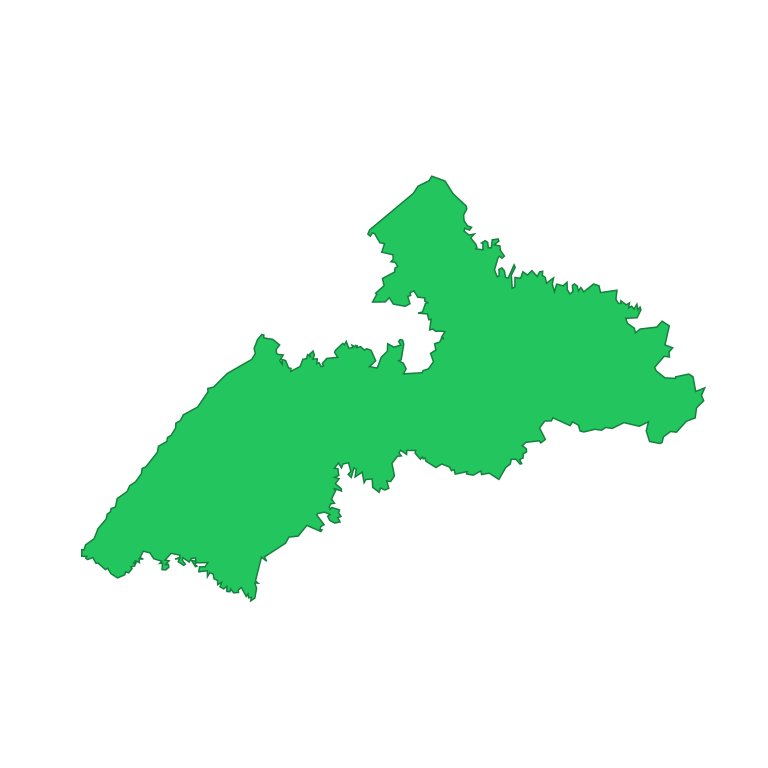 Amathole, Eastern Cape, South Africa (Mercator projection), rotated 174°
{"feature_id": "47623444B36505680523289", "entity_name": "Amathole", "entity_type": "district", "adm_level": 2, "iso_a3": "ZAF", "parent_name": "South Africa", "parent_adm1": "Eastern Cape", "projection": "mercator", "projection_center": [27.79, -32.642], "detail": "fine", "context": "isolated", "style": "filled", "palette": "green", "viewbox_px": 768, "rotation_deg": 174, "n_neighbors": 0, "source": "geoboundaries", "source_scale": "gbopen_adm2", "svg_char_len": 6155}
<svg xmlns="http://www.w3.org/2000/svg" viewBox="0 0 768 768"><g transform="rotate(174 384 384)"><path d="M555.4,192.0L550.5,191.9L550.5,194.2L547.2,196.6L543.2,187.1L541.2,189.4L540.9,185.5L538.3,185.6L539.2,182.3L534.9,184.5L532.1,194.0L533.2,199.7L530.1,199.1L532.4,201.6L524.0,224.6L519.2,220.0L521.0,224.5L498.5,236.0L494.6,241.7L485.3,241.7L475.5,251.4L462.2,243.9L460.9,245.4L462.9,245.8L461.7,249.0L458.3,250.3L464.7,261.0L463.1,262.1L456.5,262.8L451.4,259.9L453.9,258.3L452.2,254.0L447.5,250.8L442.1,251.4L444.1,255.9L440.6,256.8L442.6,260.6L441.4,263.5L448.9,266.7L450.7,265.0L451.4,267.5L449.3,270.5L445.7,270.5L448.2,275.1L443.2,283.1L445.0,285.5L437.5,282.0L437.5,284.4L442.8,290.0L438.5,294.5L443.0,296.3L438.5,297.8L438.7,304.6L442.2,305.5L437.5,310.1L435.1,305.0L433.0,308.8L427.5,309.3L426.1,300.6L429.1,297.8L426.3,294.5L422.7,303.7L420.5,302.2L422.5,294.6L414.9,298.6L414.1,287.9L412.1,290.9L405.7,290.8L406.0,282.3L400.2,276.8L398.3,280.9L394.4,278.5L390.1,279.8L391.4,287.3L387.6,286.3L383.2,291.5L384.4,304.2L378.2,310.7L374.3,310.7L376.4,314.0L374.3,316.4L368.9,311.6L368.3,315.5L359.4,314.6L360.3,312.0L355.7,305.4L353.5,307.4L352.8,305.5L351.1,306.2L350.2,302.7L341.1,295.5L335.0,298.4L327.5,294.6L326.0,290.7L323.3,291.5L322.5,286.9L310.4,288.2L311.3,285.9L304.8,284.0L296.8,287.4L296.4,283.7L288.8,284.4L279.7,277.1L271.7,288.2L266.8,291.2L265.3,295.9L260.7,295.4L257.0,290.1L255.4,290.4L257.0,294.7L253.4,295.9L252.8,299.9L249.3,301.6L249.2,304.7L252.9,308.2L249.1,311.1L235.5,311.3L234.2,309.0L229.3,312.0L233.9,324.0L227.9,330.4L221.4,329.8L219.5,332.7L203.2,323.1L200.5,326.6L195.0,322.8L193.9,316.8L190.3,315.4L178.9,316.9L172.4,315.3L168.2,317.6L161.6,316.0L149.4,320.5L134.6,315.3L124.9,318.8L128.1,310.0L125.9,299.1L115.9,296.0L113.6,296.7L111.6,302.2L104.0,306.8L98.2,305.5L87.1,315.4L78.1,317.7L75.7,327.6L67.8,333.9L69.5,339.6L65.4,346.6L74.8,344.0L75.9,358.8L79.7,362.0L93.1,360.7L93.4,359.1L103.9,360.7L111.9,368.6L113.1,372.2L102.5,382.3L97.3,381.0L97.2,386.1L93.1,389.8L100.5,393.5L94.2,412.0L100.9,417.4L106.7,412.1L123.5,411.9L128.6,408.5L129.2,413.3L135.6,418.9L136.7,424.1L125.4,423.4L120.7,431.0L121.3,433.7L123.7,431.1L124.2,436.9L127.4,432.4L129.6,435.5L132.7,434.2L131.4,439.0L134.8,437.4L139.7,442.0L140.1,439.4L142.4,439.6L144.5,444.0L142.5,452.9L159.1,452.3L159.9,459.2L165.0,461.6L175.7,454.8L178.1,459.4L180.9,456.3L181.7,461.4L184.2,463.6L186.3,462.4L186.6,455.9L189.7,454.2L191.9,458.8L191.3,466.0L195.6,462.9L201.8,465.3L204.8,458.0L206.2,465.6L204.3,471.8L211.9,467.2L212.5,473.2L215.2,475.5L214.4,479.5L217.5,479.3L220.4,474.9L225.1,481.3L229.8,477.4L234.2,481.1L237.0,474.9L242.6,476.2L243.7,466.8L246.5,465.8L246.0,478.9L241.3,486.3L242.2,488.9L249.4,476.4L251.9,477.2L252.5,484.0L254.6,487.1L257.7,486.0L258.1,479.6L260.2,478.8L262.2,485.9L257.3,497.8L255.5,499.1L253.7,496.7L250.9,498.6L254.3,504.7L254.3,509.3L259.9,510.9L254.8,514.1L255.3,516.3L261.3,516.1L263.1,508.2L266.0,508.5L266.1,514.0L268.4,516.0L272.3,514.1L270.9,513.3L271.6,507.1L278.7,508.9L277.3,510.2L278.1,513.4L282.5,520.3L278.5,523.7L284.0,523.3L288.4,527.7L287.4,530.4L282.9,528.1L280.5,530.7L284.4,532.5L287.3,537.9L287.1,543.9L283.4,549.3L283.7,552.5L295.3,565.8L302.1,579.5L314.8,585.7L317.8,581.5L329.5,577.2L334.9,570.5L382.1,538.8L384.4,534.8L382.1,532.4L380.0,535.5L377.7,534.7L373.3,524.9L368.8,523.5L372.5,515.3L361.6,511.6L361.8,507.1L364.3,504.9L360.0,503.7L358.1,499.4L361.0,498.1L361.7,494.3L374.5,489.1L373.6,481.8L382.8,475.2L381.8,474.0L386.8,466.7L374.1,465.5L369.7,469.3L366.4,462.5L354.9,459.1L349.8,461.1L351.2,468.6L348.2,469.3L348.5,472.2L344.4,473.4L341.3,466.8L334.4,465.3L334.8,462.3L332.2,460.2L334.4,459.6L338.1,451.7L342.8,450.9L333.5,449.1L332.7,443.2L330.4,443.4L333.0,433.0L329.6,433.5L327.1,431.0L321.8,430.6L319.9,430.2L317.9,429.6L321.9,424.6L320.0,423.3L320.3,422.7L322.0,423.5L324.2,419.9L329.4,418.8L328.9,412.3L334.5,409.6L332.5,401.0L338.2,394.4L343.7,393.3L344.9,391.2L363.6,392.1L360.4,396.8L362.7,402.8L366.9,405.5L364.4,406.3L360.2,421.5L360.9,425.7L363.3,426.5L365.0,424.9L363.2,420.9L370.4,419.6L376.1,423.7L377.3,416.2L384.0,410.9L389.0,400.6L396.7,402.8L389.8,407.9L393.3,418.8L397.5,420.9L400.0,419.7L403.3,423.6L407.4,422.9L406.6,424.7L408.2,425.4L409.3,424.1L411.8,426.0L411.3,423.4L415.3,423.3L417.1,430.3L419.2,427.2L420.6,428.7L428.9,422.5L429.8,420.5L427.3,415.4L438.3,415.4L443.1,411.0L442.3,408.4L444.6,407.8L446.5,412.1L448.7,411.3L447.7,416.0L452.2,416.2L450.2,419.9L451.1,424.2L455.0,421.2L454.5,419.1L456.9,421.2L458.5,417.3L462.1,417.1L465.5,410.2L475.4,406.3L474.9,409.2L477.2,410.0L479.4,417.6L482.9,419.1L483.1,414.2L485.3,418.1L481.2,423.4L486.8,424.6L487.7,426.6L487.4,430.0L483.7,433.7L489.9,440.0L498.7,442.4L498.4,445.3L500.4,446.0L505.2,441.3L509.5,432.8L508.7,427.9L513.1,422.2L538.9,410.8L553.8,398.7L559.7,398.0L559.9,394.6L571.7,380.6L586.8,374.3L590.3,368.9L595.1,366.8L595.8,362.0L601.2,355.1L604.9,353.5L605.9,349.6L614.8,345.7L616.5,339.8L629.6,326.4L633.4,325.3L634.7,320.1L641.4,312.6L647.5,309.5L650.7,303.9L661.3,298.0L663.9,289.7L668.4,288.7L669.5,285.4L672.9,283.5L674.3,278.9L683.5,270.1L688.4,260.5L697.6,255.2L699.7,250.4L701.9,250.9L702.6,244.3L697.7,243.6L698.8,241.9L697.1,240.4L691.7,241.8L689.2,235.8L687.1,235.8L680.5,228.5L678.0,229.6L675.4,223.9L669.3,219.0L661.8,221.3L660.6,224.2L657.7,222.9L653.9,226.7L654.7,228.7L651.1,229.0L650.0,231.1L652.6,232.5L650.4,231.5L650.1,234.7L649.3,232.2L648.4,233.6L645.9,231.9L645.9,235.7L641.7,234.9L644.7,236.9L640.9,242.9L634.4,240.5L631.3,234.3L623.5,231.0L625.8,229.0L623.0,228.9L624.2,222.6L620.6,221.9L617.2,224.1L617.2,227.2L620.1,227.3L616.2,230.7L620.3,231.7L613.4,237.9L604.7,235.0L605.3,232.8L610.2,231.7L605.4,231.8L607.2,228.7L602.2,224.6L600.5,225.6L602.9,229.7L602.3,232.3L596.3,227.3L593.9,230.7L589.7,230.7L589.6,227.3L594.0,228.9L590.6,222.0L589.0,222.4L590.9,224.3L590.0,225.8L577.9,224.8L581.0,220.9L586.5,221.4L587.8,216.6L579.2,216.7L579.7,210.9L577.0,214.6L573.8,212.9L573.4,208.0L570.1,206.0L570.4,201.8L566.2,203.8L568.3,199.5L565.0,197.0L561.4,199.1L562.0,194.1L558.9,193.5L557.9,196.3L555.4,192.0Z" fill="#22c55e" stroke="#15803d" stroke-width="1.5"/></g></svg>